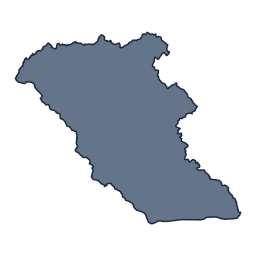 Entrerrios, Antioquia, Colombia
{"feature_id": "7082276B40374879767570", "entity_name": "Entrerrios", "entity_type": "district", "adm_level": 2, "iso_a3": "COL", "parent_name": "Colombia", "parent_adm1": "Antioquia", "projection": "mercator", "projection_center": [-75.561, 6.592], "detail": "fine", "context": "isolated", "style": "filled", "palette": "slate", "viewbox_px": 256, "rotation_deg": 0, "n_neighbors": 0, "source": "geoboundaries", "source_scale": "gbopen_adm2", "svg_char_len": 5699}
<svg xmlns="http://www.w3.org/2000/svg" viewBox="0 0 256 256"><path d="M240.6,212.5L240.1,212.2L239.1,212.2L238.1,211.5L238.3,209.7L237.4,208.1L237.5,206.6L236.8,205.5L236.6,203.1L236.3,202.7L236.3,201.4L235.5,201.0L235.2,199.1L234.9,198.6L234.0,198.3L233.2,197.8L231.8,194.7L230.5,194.1L229.8,193.0L228.8,192.2L228.8,191.4L227.7,190.0L228.5,189.4L228.3,187.8L226.6,185.9L225.0,185.2L222.1,185.7L221.7,184.9L221.7,183.7L221.2,182.4L220.2,181.2L219.0,180.4L217.4,180.4L216.0,179.7L215.0,179.6L213.7,179.9L211.5,179.1L209.9,179.1L209.6,178.7L210.0,177.7L209.9,176.9L209.2,176.7L209.0,175.5L208.1,174.4L205.2,172.0L204.4,170.1L198.7,170.1L197.5,169.5L196.9,168.7L197.0,167.9L199.4,167.2L199.8,166.5L199.7,165.9L199.2,164.5L198.2,163.7L197.9,162.7L197.2,162.4L196.2,163.4L195.8,163.3L195.6,161.0L195.2,160.5L193.3,159.6L192.5,159.7L190.1,161.8L189.4,161.9L188.2,159.5L187.6,159.3L185.6,159.8L184.8,159.2L184.9,157.5L186.2,154.4L186.0,153.6L184.9,152.0L185.7,151.4L185.9,150.8L184.6,149.0L184.5,148.5L185.9,147.9L187.5,146.8L187.9,146.1L187.9,145.3L187.4,144.8L186.8,144.8L186.4,143.7L185.6,143.1L182.3,141.7L181.5,141.1L181.3,140.2L181.6,138.6L180.8,138.6L179.7,137.0L179.9,136.7L181.3,136.3L181.5,136.0L181.7,135.3L181.3,133.3L180.7,133.3L179.9,134.0L179.0,133.3L178.1,133.8L177.5,133.3L178.0,132.1L177.7,131.0L179.8,129.1L180.0,128.5L176.4,127.0L175.8,126.5L175.7,126.0L176.0,125.3L177.8,123.5L178.0,120.8L178.3,120.5L179.3,120.1L179.7,118.6L180.5,118.2L181.8,118.7L183.9,117.2L185.2,116.9L185.5,116.7L185.8,114.7L186.8,113.8L190.0,113.1L192.1,113.7L192.2,113.2L191.9,112.3L195.1,110.6L195.5,109.3L197.2,106.5L195.2,105.1L194.2,103.5L193.2,102.9L192.5,101.0L191.6,100.7L191.6,99.9L190.9,98.6L189.0,97.9L188.0,97.0L187.6,96.0L187.6,94.6L185.1,91.6L184.4,90.3L182.4,89.2L180.5,88.8L178.6,86.8L177.0,86.2L176.7,85.8L176.9,83.6L176.6,83.2L175.9,83.1L173.8,84.8L171.7,85.2L170.6,86.6L169.3,87.0L168.2,88.4L167.5,88.6L166.9,88.0L166.6,86.4L165.8,85.7L165.1,84.1L164.4,83.6L162.9,83.2L161.6,82.6L160.6,81.1L159.1,79.5L158.3,76.3L157.4,75.6L158.4,72.7L158.2,71.5L158.5,70.7L157.9,70.2L155.2,70.0L154.7,69.3L154.4,67.2L153.0,66.7L152.6,66.3L152.6,64.3L154.3,61.3L154.6,57.7L155.0,57.3L155.5,57.3L157.5,59.1L158.4,59.2L161.9,54.0L163.4,52.6L164.1,52.7L164.4,53.2L165.9,54.5L166.2,55.4L166.6,55.5L167.2,55.2L168.7,53.8L169.4,52.3L169.2,51.7L168.1,51.7L167.6,51.3L166.9,50.0L166.9,47.7L167.6,45.5L167.6,44.7L166.1,43.9L165.0,42.6L161.9,40.4L161.5,39.8L161.2,38.1L160.4,36.9L158.6,36.5L156.7,37.0L155.7,35.2L155.6,34.1L154.2,34.8L153.4,34.7L152.4,33.9L150.6,34.5L147.2,32.4L146.9,32.6L146.3,34.0L145.8,34.5L143.9,33.9L142.8,34.3L142.1,35.2L142.0,36.7L140.9,37.8L139.9,39.2L137.3,39.7L136.3,40.8L135.0,40.1L132.7,40.3L132.2,40.7L131.5,42.0L129.4,42.3L128.0,44.3L124.5,45.8L123.4,47.1L122.5,47.0L121.7,47.7L120.6,47.6L120.0,47.3L120.1,45.1L119.3,43.2L118.2,43.5L117.5,43.5L116.0,44.4L113.7,44.1L112.3,43.1L111.2,42.9L111.0,42.3L111.2,41.4L110.7,40.6L110.0,40.7L109.4,41.5L108.8,41.7L107.4,40.7L105.9,40.8L105.1,40.4L104.4,39.4L104.5,36.8L102.9,35.4L101.4,34.9L100.9,35.1L99.7,36.7L99.1,37.1L99.2,37.7L98.4,38.5L97.9,40.8L97.2,41.7L96.0,42.5L95.3,43.5L93.8,43.9L92.9,44.9L92.1,44.2L89.7,44.3L88.5,44.1L86.7,44.5L84.9,44.1L84.5,44.9L84.0,45.3L80.6,43.1L78.5,43.3L76.8,42.6L76.2,43.0L75.7,41.9L75.3,41.6L73.8,42.6L73.2,42.6L72.2,43.9L71.2,44.0L69.9,44.7L67.4,44.9L66.8,45.9L65.3,44.7L63.1,44.7L62.5,44.1L60.9,45.2L60.1,45.2L59.3,43.7L58.6,43.4L57.2,44.1L56.9,44.8L56.8,46.6L56.2,47.9L55.8,48.6L54.8,48.8L53.0,48.0L52.3,47.4L51.5,47.3L51.7,46.0L51.5,45.6L50.9,45.3L50.4,44.7L49.4,44.4L49.1,43.4L48.2,43.2L47.4,43.6L46.9,44.7L46.2,45.5L45.2,46.2L44.0,46.3L43.3,47.0L42.5,48.2L43.0,48.8L42.9,49.3L41.7,49.8L40.7,51.0L40.0,51.1L39.2,50.5L37.2,51.2L36.1,52.2L36.1,53.4L35.5,53.5L34.9,54.1L34.2,54.4L33.7,55.1L33.3,54.9L32.9,53.9L32.6,53.8L32.8,55.0L31.0,55.4L30.7,55.8L30.7,57.2L30.1,57.5L30.0,57.2L29.7,57.2L28.8,58.9L26.4,59.1L26.1,58.0L25.5,58.5L25.2,59.1L24.7,59.4L24.3,61.2L24.1,61.5L23.6,61.6L23.7,62.4L22.9,63.3L23.0,64.2L22.5,65.7L22.8,66.1L21.8,66.5L19.1,69.8L18.9,70.1L19.1,71.8L18.3,73.7L16.3,76.3L16.4,76.9L16.1,77.7L15.4,78.2L16.5,80.5L18.2,82.0L24.1,83.5L25.1,83.4L26.0,82.1L27.9,81.9L29.6,81.9L31.0,82.3L32.7,82.8L33.6,83.5L34.2,84.3L34.9,87.0L36.2,89.1L41.4,94.5L42.1,95.8L41.9,96.7L40.4,98.6L42.4,101.9L43.0,102.1L44.7,103.4L45.9,104.9L48.0,104.6L49.0,105.1L49.8,108.4L50.9,109.7L52.6,109.9L55.1,110.9L55.7,111.2L56.1,112.5L56.7,113.0L59.8,113.8L60.3,116.0L60.1,117.2L60.4,118.3L60.8,118.7L62.1,119.0L63.5,119.9L65.7,122.7L66.9,126.0L69.8,126.9L72.0,130.3L73.5,130.4L74.6,131.3L76.4,131.8L76.4,133.5L76.9,134.8L76.9,137.7L76.6,138.4L77.2,139.2L76.6,140.2L76.6,141.2L76.2,142.9L77.7,147.2L76.4,148.1L75.2,150.2L76.1,151.6L78.7,152.9L80.5,155.2L81.6,155.7L82.6,157.1L83.3,157.5L83.7,157.3L86.5,157.5L89.8,160.1L90.1,162.0L89.4,163.7L92.4,165.1L93.3,166.7L92.3,167.6L92.0,168.3L93.2,170.0L91.4,176.8L91.8,177.6L93.0,179.1L93.9,179.6L96.6,180.1L98.6,180.9L99.8,182.0L101.0,183.7L103.8,184.7L104.4,185.3L104.5,186.3L105.0,186.0L105.9,186.0L106.3,184.7L106.9,185.0L107.1,184.0L108.3,183.4L109.9,183.4L110.6,183.9L111.3,183.6L112.2,185.4L114.3,186.8L114.7,188.8L117.0,189.7L120.2,191.4L121.1,193.0L122.2,194.1L122.4,196.0L122.9,197.1L124.6,198.0L125.8,200.3L128.7,201.2L132.0,203.1L133.0,204.2L134.1,207.4L135.7,209.4L137.0,210.2L141.9,211.8L144.5,213.2L146.1,215.6L146.5,217.6L148.7,222.2L150.6,223.6L153.1,223.6L158.6,220.9L160.6,220.8L162.7,221.4L167.2,221.4L181.8,219.6L200.7,219.8L204.1,219.1L205.9,217.7L206.9,217.4L210.1,217.1L216.1,217.0L218.6,217.6L220.4,218.5L225.2,219.2L233.5,218.7L237.1,218.1L237.6,217.7L238.4,216.4L239.6,215.2L240.6,212.5Z" fill="#64748b" stroke="#1e293b" stroke-width="1.5"/></svg>